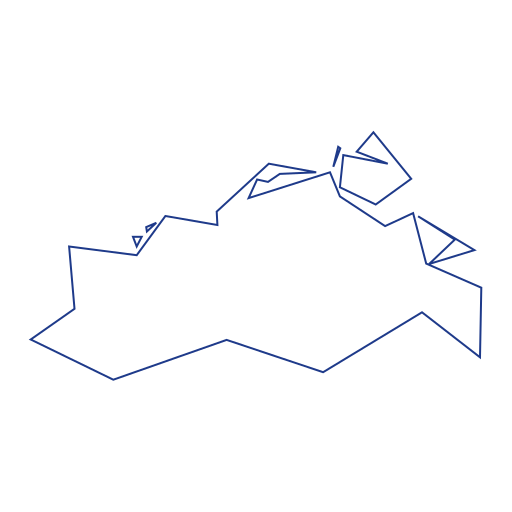 an SVG outline of Mecklenburg-Vorpommern
{"feature_id": "DEU-3488", "entity_name": "Mecklenburg-Vorpommern", "entity_type": "State", "adm_level": 1, "iso_a3": "DEU", "parent_name": "Germany", "parent_adm1": "", "projection": "natural_earth1", "projection_center": [12.667, 53.898], "detail": "coarse", "context": "isolated", "style": "outline", "palette": "blue", "viewbox_px": 512, "rotation_deg": 0, "n_neighbors": 0, "source": "natural_earth", "source_scale": "10m", "svg_char_len": 729}
<svg xmlns="http://www.w3.org/2000/svg" viewBox="0 0 512 512"><path d="M481.3,287.7L480.0,357.3L422.0,312.3L323.1,372.2L226.6,339.9L113.3,379.7L30.7,339.5L74.5,308.8L69.1,246.5L136.7,255.2L165.4,216.0L217.4,225.0L216.7,211.6L268.8,163.7L316.2,172.3L279.8,173.9L268.0,181.9L257.1,179.5L248.6,198.1L330.0,172.3L339.9,196.4L385.1,226.1L413.1,213.1L426.2,263.6L481.3,287.7ZM411.2,178.8L375.7,204.5L339.9,187.3L343.3,155.1L387.8,163.7L356.7,151.7L373.4,132.3L411.2,178.8ZM474.4,250.1L429.1,264.0L454.8,239.6L418.1,216.3L474.4,250.1ZM136.7,246.5L133.0,236.8L141.7,236.8L136.7,246.5ZM338.2,146.8L340.3,148.3L333.3,166.8L338.2,146.8ZM146.9,231.5L146.2,227.1L156.3,222.8L146.9,231.5Z" fill="none" stroke="#1e3a8a" stroke-width="2"/></svg>